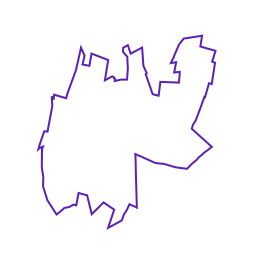 outline of Bustamante, Tamaulipas, Mexico, rotated 188°
{"feature_id": "50627088B16485273598132", "entity_name": "Bustamante", "entity_type": "district", "adm_level": 2, "iso_a3": "MEX", "parent_name": "Mexico", "parent_adm1": "Tamaulipas", "projection": "equal_earth", "projection_center": [-99.943, 23.324], "detail": "fine", "context": "isolated", "style": "outline", "palette": "violet", "viewbox_px": 256, "rotation_deg": 188, "n_neighbors": 0, "source": "geoboundaries", "source_scale": "gbopen_adm2", "svg_char_len": 2205}
<svg xmlns="http://www.w3.org/2000/svg" viewBox="0 0 256 256"><g transform="rotate(188 128 128)"><path d="M56.0,169.3L54.0,183.6L51.2,183.2L51.2,183.9L50.9,204.8L53.9,205.4L52.9,211.5L52.1,216.6L54.0,216.9L55.1,217.0L56.2,217.2L56.3,217.2L57.0,217.3L57.9,217.4L58.0,217.4L58.5,217.5L59.3,217.6L59.5,217.6L59.8,217.6L60.0,217.7L60.3,217.7L60.9,217.8L67.7,218.8L67.5,229.7L83.5,224.8L85.2,224.4L86.7,221.9L89.1,217.7L92.1,206.8L92.2,206.6L92.6,205.1L92.4,204.7L92.7,203.8L93.4,202.1L93.6,201.6L94.1,199.9L94.5,198.2L91.9,199.1L89.9,199.8L89.5,199.9L89.5,199.2L89.6,197.1L89.7,195.5L90.0,189.4L84.6,190.8L84.2,186.6L84.1,184.4L83.9,180.0L84.9,179.9L86.0,179.8L90.7,179.4L92.4,179.2L96.9,178.7L98.1,178.7L100.2,178.4L102.4,178.2L102.2,168.9L102.2,164.2L108.3,164.9L117.9,183.7L117.1,184.9L121.4,191.7L125.2,209.6L135.7,202.0L139.7,210.0L143.9,206.8L143.6,202.8L138.5,198.3L138.2,196.0L136.4,186.7L135.7,175.8L141.2,175.0L141.5,175.0L147.6,172.7L147.4,174.6L148.9,175.3L149.0,176.4L150.9,176.9L157.5,172.0L157.1,192.6L174.5,196.6L174.5,194.2L174.6,192.0L174.9,184.2L181.9,184.6L181.0,193.5L185.7,201.0L187.6,178.1L192.8,153.6L193.4,148.9L205.8,150.7L205.7,146.5L206.4,146.4L208.0,148.8L206.1,139.8L206.1,139.6L206.1,137.1L206.3,132.9L207.2,113.3L210.5,113.0L213.1,99.7L213.7,94.7L213.3,95.2L212.9,95.8L209.6,97.7L210.2,94.9L207.9,77.1L205.0,67.4L204.0,58.4L197.8,45.3L186.7,32.4L185.3,33.8L179.8,40.0L175.1,41.6L171.5,44.5L168.5,44.2L167.9,56.8L160.6,55.8L159.9,55.7L159.1,55.6L151.9,37.6L141.8,50.9L130.3,45.2L133.8,26.3L121.3,35.6L120.0,41.8L118.0,46.0L117.1,48.9L115.9,52.7L108.8,50.7L108.2,50.4L108.7,53.6L113.9,84.2L114.7,89.1L115.0,90.9L115.0,91.2L116.1,97.8L117.1,103.2L112.8,102.0L112.4,101.9L101.3,98.7L96.6,97.3L95.1,97.2L94.9,97.2L93.3,97.2L92.3,97.2L91.9,97.2L88.7,97.4L87.7,97.5L80.3,96.4L79.0,96.2L75.0,95.7L63.9,95.8L60.0,101.1L56.0,105.5L53.8,108.8L53.5,109.1L52.7,110.0L52.3,110.5L51.9,110.9L51.2,111.5L50.4,112.8L48.8,114.5L45.9,117.3L42.3,121.0L43.5,121.7L44.0,122.1L44.5,122.4L45.7,123.2L47.4,124.4L48.0,124.8L48.7,125.3L55.3,129.7L59.9,132.8L61.4,133.9L64.7,136.0L64.1,140.4L62.1,144.5L59.2,157.3L56.8,168.8L56.7,169.5L56.0,169.3Z" fill="none" stroke="#5b21b6" stroke-width="2"/></g></svg>